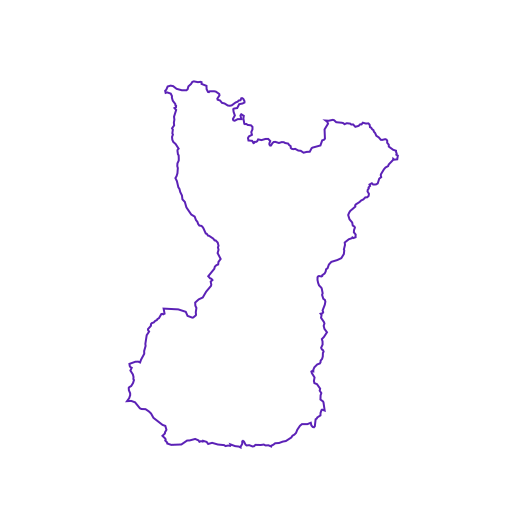 the district of La Ceja, Antioquia, Colombia, rotated 164°
{"feature_id": "7082276B13386245967874", "entity_name": "La Ceja", "entity_type": "district", "adm_level": 2, "iso_a3": "COL", "parent_name": "Colombia", "parent_adm1": "Antioquia", "projection": "orthographic", "projection_center": [-75.43, 5.984], "detail": "fine", "context": "isolated", "style": "outline", "palette": "violet", "viewbox_px": 512, "rotation_deg": 164, "n_neighbors": 0, "source": "geoboundaries", "source_scale": "gbopen_adm2", "svg_char_len": 6082}
<svg xmlns="http://www.w3.org/2000/svg" viewBox="0 0 512 512"><g transform="rotate(164 256 256)"><path d="M297.8,439.8L297.9,437.7L296.4,437.8L293.2,435.6L292.7,432.9L293.2,431.5L293.2,428.2L291.7,424.4L291.9,423.2L291.4,422.4L291.9,421.1L293.6,420.7L292.5,418.4L296.4,412.5L296.9,409.5L298.2,406.8L298.7,404.1L301.5,401.9L301.1,400.4L302.6,397.0L302.4,395.6L303.9,393.6L304.4,390.8L304.1,388.5L302.4,385.8L300.8,380.5L302.0,379.8L302.5,378.8L303.0,375.3L302.6,374.1L303.5,370.5L304.0,369.0L306.0,366.7L306.9,364.1L306.9,362.1L308.7,357.2L310.4,354.6L312.0,353.1L311.4,349.8L311.7,343.4L311.1,341.6L311.2,338.4L310.5,334.6L311.1,330.7L309.5,327.6L309.5,321.9L306.8,313.7L304.1,310.8L303.8,307.1L302.9,305.0L302.8,302.8L302.1,300.9L300.2,300.0L299.5,299.0L298.9,297.2L298.1,291.5L297.2,290.9L296.5,288.8L295.5,288.3L292.3,284.5L291.5,282.4L290.5,282.1L289.1,279.5L289.2,276.2L290.2,274.8L290.3,272.3L292.1,269.4L290.8,262.9L293.7,260.7L294.7,258.3L296.6,258.1L298.5,257.1L299.6,255.2L307.5,249.7L306.3,247.2L305.2,246.4L304.5,244.9L306.6,243.9L306.9,240.7L307.6,239.6L313.7,235.5L318.6,230.8L323.0,230.1L327.3,228.0L328.0,224.9L327.6,222.5L329.4,218.5L329.9,215.9L330.5,215.4L333.3,214.2L334.2,214.3L338.3,217.3L338.9,221.7L345.4,226.1L359.3,230.9L359.8,225.8L361.3,225.5L362.0,226.2L363.0,226.3L366.4,223.0L368.2,222.5L369.0,221.7L370.8,221.4L372.6,220.3L374.7,220.2L375.8,219.4L376.2,217.9L380.0,215.5L380.2,214.5L379.6,212.8L382.9,210.0L386.6,202.0L386.9,200.0L389.7,195.5L390.4,192.8L395.1,188.0L396.8,185.6L398.3,186.9L401.1,187.6L407.4,187.2L407.7,185.1L407.4,183.9L406.3,182.8L408.3,180.5L407.0,176.1L407.1,173.4L407.8,171.5L407.5,170.4L409.2,167.8L411.8,165.4L413.9,164.9L414.7,164.3L415.2,162.0L414.8,158.8L415.3,156.9L417.1,154.3L420.0,152.0L415.9,151.1L412.6,148.7L409.6,141.6L408.3,140.5L404.4,139.2L401.8,136.1L400.3,133.5L399.2,128.7L392.4,119.4L390.0,117.7L390.0,113.6L392.1,111.6L392.5,110.5L395.5,108.9L393.5,105.4L393.5,104.3L394.1,103.6L392.8,101.2L393.0,100.2L389.5,97.8L379.7,95.4L373.1,97.6L370.6,97.0L364.9,96.9L362.1,94.6L361.6,93.0L359.9,93.2L358.4,92.3L357.9,93.0L354.7,90.9L353.8,88.5L349.7,88.5L344.6,85.3L338.8,83.0L337.7,81.7L335.1,81.5L333.1,80.6L332.3,81.3L332.4,81.9L328.5,79.0L324.9,77.5L323.6,76.2L323.4,76.9L321.0,79.2L320.3,81.6L319.5,81.9L318.7,80.9L318.1,77.7L317.3,76.5L314.6,76.0L311.7,73.8L310.3,73.7L308.6,74.6L303.5,73.0L300.5,72.6L299.1,71.3L296.2,70.6L293.9,68.7L293.4,69.5L291.4,69.8L289.2,70.7L285.4,69.9L281.3,70.2L278.3,69.9L272.1,71.8L270.5,73.2L268.4,73.7L266.3,74.9L264.2,77.6L260.5,80.7L258.2,81.7L253.0,80.2L249.3,80.6L249.5,77.9L248.6,76.0L247.5,75.4L246.4,76.1L243.7,82.6L242.4,83.0L241.6,83.9L238.0,85.0L237.2,87.4L235.5,89.8L234.8,90.1L232.6,88.5L231.5,96.6L231.6,97.6L233.6,100.3L232.3,104.3L231.0,106.2L231.9,109.0L230.9,110.8L232.7,116.0L234.9,117.7L234.8,119.9L233.2,123.1L234.6,128.0L234.6,129.7L233.6,130.0L232.7,129.3L232.2,130.9L230.6,132.9L227.0,134.9L224.3,135.1L223.3,136.0L222.7,137.6L220.8,138.9L219.5,141.0L218.4,144.4L217.4,145.4L217.5,146.9L218.4,148.0L218.7,149.8L216.4,152.5L215.6,155.5L215.6,158.0L213.1,159.4L208.8,163.1L210.3,167.1L210.2,170.2L208.8,172.3L208.9,173.8L210.5,178.7L209.3,181.1L209.8,182.7L207.9,182.6L206.9,183.5L207.0,185.3L203.3,190.2L201.9,193.0L201.9,194.8L203.1,196.3L203.2,200.4L202.2,201.8L201.8,206.3L201.9,207.4L203.5,210.4L203.7,213.0L203.5,216.0L202.7,218.6L202.1,219.2L201.0,219.4L198.7,218.3L197.9,218.5L197.7,219.2L194.8,220.3L193.3,221.9L192.3,223.9L190.6,224.5L188.3,227.7L185.2,229.6L179.0,229.7L174.6,230.4L171.0,233.7L169.6,237.1L169.7,238.1L167.4,242.1L167.0,244.5L162.2,246.5L158.8,246.7L158.2,247.3L157.4,246.4L155.1,246.6L154.3,249.2L155.4,251.8L154.6,254.0L153.1,256.0L153.3,257.2L154.6,258.6L154.3,261.7L156.0,265.5L156.1,270.0L154.4,272.1L152.9,273.4L146.9,276.1L146.7,277.4L145.8,278.1L141.7,279.3L139.6,280.4L137.2,280.8L134.8,282.2L132.9,281.8L131.2,282.7L130.3,284.6L131.0,287.3L130.3,288.9L129.0,289.8L128.9,290.9L127.0,291.9L127.2,293.4L124.6,294.0L123.7,292.4L121.0,291.7L119.0,292.2L116.2,296.4L113.9,297.3L113.8,299.4L113.3,300.2L109.1,304.1L107.1,305.4L104.2,306.0L103.2,307.4L97.7,310.6L97.3,311.6L96.6,310.5L93.6,310.0L92.0,313.4L93.2,314.7L92.5,315.8L92.7,317.2L92.4,318.6L94.9,320.3L98.2,324.6L97.7,326.4L98.7,328.7L98.1,330.6L98.5,331.9L99.6,332.7L102.7,332.8L104.0,333.3L105.3,336.2L107.2,338.4L107.6,341.4L108.4,343.0L108.4,344.5L109.5,346.0L109.9,347.6L110.9,348.4L110.6,350.9L111.4,352.5L113.8,353.0L116.6,354.7L118.3,353.4L119.5,353.9L121.5,352.8L124.9,352.8L126.4,355.7L128.2,356.1L129.0,357.3L132.1,358.6L134.6,358.3L135.4,359.6L136.7,360.4L142.0,362.5L143.5,365.0L144.6,365.7L148.9,366.0L151.7,367.0L150.5,365.4L150.3,363.3L155.2,358.8L157.4,349.8L158.6,349.0L160.5,348.9L163.6,344.5L171.8,344.6L172.8,344.3L175.6,341.4L178.5,342.1L181.8,342.2L184.0,344.8L186.3,345.7L188.8,348.2L190.7,348.4L192.1,349.2L192.8,350.3L192.4,352.0L193.6,353.6L194.1,355.2L196.9,356.6L197.9,357.7L199.9,358.4L202.8,358.3L206.0,360.4L207.6,360.7L209.2,359.9L211.1,358.1L211.9,358.2L212.4,359.4L212.1,360.6L210.6,362.6L212.0,365.2L214.5,365.9L218.8,365.9L221.8,367.5L223.2,366.0L224.4,365.7L226.0,366.1L226.5,365.3L227.3,365.2L228.0,367.8L231.4,369.1L231.2,371.6L229.9,372.9L226.5,373.6L226.4,376.4L224.5,378.7L223.8,381.1L224.8,383.0L227.9,384.3L228.9,385.6L230.3,385.8L230.8,386.3L230.2,391.7L229.1,394.1L231.1,396.3L232.2,395.4L232.4,391.6L235.9,392.6L239.2,391.9L240.3,392.6L240.5,393.4L240.4,394.1L237.6,396.9L237.8,400.7L237.4,403.4L236.5,403.8L233.3,403.4L230.3,406.6L226.9,406.3L224.8,406.7L224.4,408.0L224.9,410.5L225.7,411.5L226.6,411.7L228.0,410.0L229.9,410.2L231.0,409.4L233.3,409.2L237.8,407.5L239.7,407.6L241.6,408.4L244.2,411.3L246.5,412.6L247.7,415.4L249.8,416.8L249.8,417.9L246.8,420.5L246.7,421.9L249.3,425.1L250.8,425.9L255.2,427.1L256.1,426.5L256.9,426.9L257.5,430.0L256.7,433.2L260.9,436.4L260.4,438.1L261.2,438.7L263.9,439.1L267.6,441.0L269.2,440.9L271.1,439.2L274.2,437.7L275.8,435.1L277.2,434.5L281.5,435.7L286.3,438.6L288.8,442.1L291.1,443.3L294.2,443.3L296.4,440.6L297.8,439.8Z" fill="none" stroke="#5b21b6" stroke-width="2"/></g></svg>